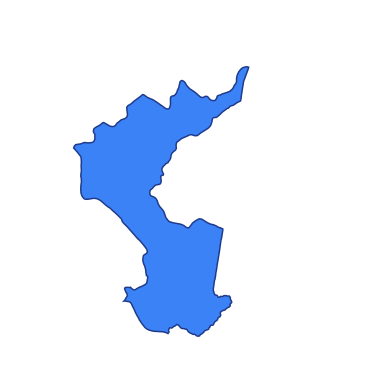 the district of Salamá, Baja Verapaz, Guatemala, rotated 318°
{"feature_id": "79465075B18875713614503", "entity_name": "Salamá", "entity_type": "district", "adm_level": 2, "iso_a3": "GTM", "parent_name": "Guatemala", "parent_adm1": "Baja Verapaz", "projection": "robinson", "projection_center": [-90.294, 15.052], "detail": "fine", "context": "isolated", "style": "filled", "palette": "blue", "viewbox_px": 384, "rotation_deg": 318, "n_neighbors": 0, "source": "geoboundaries", "source_scale": "gbopen_adm2", "svg_char_len": 6006}
<svg xmlns="http://www.w3.org/2000/svg" viewBox="0 0 384 384"><g transform="rotate(318 192 192)"><path d="M100.0,303.1L100.6,303.6L101.1,303.9L101.6,304.0L102.8,303.5L103.3,303.6L103.7,303.8L104.1,304.0L105.4,304.0L106.8,304.1L107.1,304.0L107.7,303.7L108.6,303.7L109.0,303.9L109.9,304.0L111.7,304.9L112.7,305.0L113.0,304.9L113.6,304.4L114.0,304.3L114.7,304.4L115.2,304.2L116.2,303.6L116.6,303.6L117.4,304.1L118.0,304.7L118.5,304.9L118.8,304.9L119.4,304.8L121.5,303.8L122.4,303.8L123.6,303.9L124.4,304.0L125.4,304.0L126.1,303.6L127.1,303.0L127.4,302.9L129.0,303.3L129.4,303.4L130.0,303.2L130.8,302.8L131.2,302.4L131.8,301.1L132.3,300.6L132.9,300.4L134.2,300.4L135.2,300.6L136.7,301.3L137.4,301.7L137.9,301.7L138.7,301.6L139.4,301.6L141.0,301.8L143.0,302.4L143.8,302.3L144.1,302.2L144.5,301.8L144.9,301.0L145.1,300.8L145.5,300.8L146.6,300.8L147.4,300.7L147.9,300.4L148.1,300.0L148.4,299.1L148.8,297.4L149.0,297.0L149.5,296.4L149.8,296.2L149.8,295.9L150.0,295.4L150.1,294.9L150.1,294.4L149.9,294.0L149.2,293.6L148.9,293.3L148.2,292.2L147.7,291.6L147.1,291.0L146.4,290.5L146.1,290.3L145.3,290.2L144.7,290.1L144.3,289.8L143.7,289.0L143.5,288.8L142.8,288.6L142.2,288.5L141.7,288.4L141.2,288.0L141.1,287.7L141.1,287.2L141.4,286.2L141.5,285.8L141.3,285.3L140.5,284.2L140.3,283.7L140.4,283.2L140.6,282.3L142.3,278.9L149.6,272.7L150.6,272.3L152.8,270.4L153.2,270.3L155.2,268.4L158.0,266.3L161.3,263.5L172.5,254.6L181.4,247.1L183.3,245.9L189.8,240.6L190.2,239.9L189.4,238.5L189.4,238.0L188.0,235.9L187.4,233.7L186.3,231.2L183.8,227.4L182.5,223.7L181.1,218.7L179.6,216.9L178.8,216.5L175.1,215.7L173.8,215.6L171.8,215.4L167.0,216.4L165.6,216.4L164.7,215.7L163.9,213.8L163.6,211.8L162.4,208.9L160.9,206.8L158.6,203.9L157.4,202.3L156.1,200.2L155.1,198.2L155.4,193.6L157.9,187.8L158.2,186.0L158.3,180.9L158.9,178.5L159.6,176.7L160.4,175.0L160.7,173.6L160.8,172.1L160.3,170.1L158.9,167.4L159.0,166.3L159.5,165.0L161.1,163.3L162.5,162.7L165.0,162.8L167.4,162.4L169.9,162.6L172.7,164.4L173.9,164.7L175.1,164.3L176.4,163.3L179.3,159.4L180.5,159.4L181.7,160.2L182.8,159.7L183.9,156.1L184.9,154.9L186.0,154.2L188.0,153.7L191.7,153.5L193.8,154.1L195.7,153.5L196.7,153.4L198.6,152.7L201.2,150.6L203.1,149.7L205.7,149.6L206.9,149.8L208.5,149.6L209.5,149.1L210.5,147.9L211.3,146.7L213.2,145.2L213.8,144.9L220.1,145.3L226.7,147.5L228.4,147.9L230.0,149.1L230.6,150.1L231.1,151.0L231.7,152.0L232.9,153.1L234.0,153.7L238.7,154.0L242.8,154.8L244.3,155.0L246.3,155.4L249.3,155.3L250.6,154.9L253.1,153.6L255.6,151.7L256.4,151.2L257.5,151.1L258.3,151.5L260.1,152.9L262.8,153.1L264.7,153.1L267.8,152.9L274.1,153.5L275.2,154.1L277.2,153.7L278.6,154.1L280.8,155.2L283.3,155.5L285.1,155.7L289.0,156.8L290.7,155.6L292.4,154.1L294.5,152.3L299.7,148.1L304.3,144.4L315.9,138.3L317.6,137.2L316.8,135.9L315.8,135.0L314.3,134.2L312.7,133.6L310.9,133.4L307.4,133.9L304.0,135.3L301.3,137.2L299.3,139.4L298.3,140.2L296.9,140.8L294.6,141.1L293.9,141.6L291.2,142.5L287.6,142.5L284.7,141.5L280.5,139.5L277.7,138.7L276.0,137.8L274.8,137.7L274.2,138.1L273.1,138.8L270.9,139.4L269.8,139.0L268.7,138.1L267.5,136.3L267.3,135.2L267.4,131.8L267.0,130.8L265.9,129.8L263.8,129.3L263.1,128.8L262.3,128.0L261.7,126.4L261.1,120.7L260.5,118.0L259.9,115.8L259.4,113.6L259.3,109.4L260.1,105.7L259.9,104.2L259.6,103.2L259.0,102.3L258.6,102.1L257.7,102.0L256.7,102.2L251.8,105.7L249.3,106.6L247.6,107.7L245.3,108.4L243.4,108.5L241.4,107.4L239.7,107.2L238.3,108.3L235.6,111.5L233.9,113.1L231.6,114.5L230.2,114.6L228.8,113.4L228.2,111.9L228.0,111.2L227.6,109.1L226.0,102.1L224.9,97.9L224.4,96.6L223.4,94.7L222.1,91.6L221.3,87.8L221.0,87.2L220.8,86.9L220.4,86.5L217.8,86.5L209.3,85.7L207.6,85.8L204.1,85.5L203.0,85.1L201.6,85.0L200.1,85.5L198.5,87.5L195.9,91.3L194.8,92.1L193.5,92.7L192.4,92.7L190.8,92.4L187.7,91.0L186.5,91.0L182.1,90.7L179.3,91.4L177.6,90.9L176.1,89.6L174.9,87.7L173.9,84.2L173.5,83.2L173.0,81.7L172.6,81.1L172.0,80.8L168.5,80.7L164.5,79.7L162.5,79.4L161.0,79.5L159.2,81.0L158.7,82.2L158.5,83.7L157.9,84.8L157.1,85.5L156.2,86.6L155.3,87.6L154.1,88.2L152.7,88.8L151.5,88.6L150.2,87.9L149.1,87.1L148.4,86.7L146.9,85.2L145.8,83.9L145.1,83.2L144.1,82.7L142.7,82.3L141.4,81.7L140.5,81.1L138.1,79.5L137.2,79.0L135.3,79.1L133.5,80.1L133.5,84.8L133.1,90.9L132.7,92.0L131.1,94.2L128.8,96.8L127.4,98.0L124.0,102.2L121.3,104.5L119.9,105.9L119.2,107.2L116.9,110.2L113.4,113.2L111.9,114.8L110.9,115.9L109.1,118.1L108.4,119.3L108.1,120.1L107.4,122.2L107.3,124.8L107.8,125.8L109.2,127.3L111.6,128.9L113.7,130.2L114.8,131.0L115.6,131.8L117.0,133.6L118.2,136.7L118.6,139.0L118.8,141.4L119.3,145.1L119.7,147.0L120.3,149.1L120.7,154.1L120.9,155.2L121.0,155.9L121.1,157.8L121.3,159.6L121.5,164.5L121.4,165.3L121.1,165.7L120.5,167.2L120.3,169.4L120.6,174.6L120.4,190.3L120.7,193.2L120.6,197.6L120.2,203.1L119.6,205.3L119.1,206.1L118.5,206.7L117.9,206.9L117.3,207.2L116.6,207.2L114.8,206.8L113.7,206.7L112.8,207.1L110.9,208.7L109.9,209.8L109.0,211.0L107.8,213.6L107.4,215.2L105.7,218.5L103.9,220.9L102.3,223.5L102.6,223.6L102.3,225.5L101.2,226.5L100.3,227.1L97.6,229.3L95.7,229.5L92.2,228.7L88.3,227.3L84.0,226.5L83.2,225.7L82.7,224.1L82.5,223.2L82.6,221.7L81.6,221.1L80.3,219.7L79.1,218.7L78.7,218.5L78.4,218.4L77.8,218.4L77.2,218.8L76.9,219.2L76.6,220.4L76.2,221.4L75.9,222.1L75.7,223.3L75.5,224.2L75.1,225.3L74.2,225.9L70.0,227.3L68.4,227.5L69.0,227.9L71.8,231.4L72.2,231.9L72.3,234.1L71.8,235.9L71.4,236.8L70.4,240.7L69.5,243.2L68.6,246.6L67.8,250.5L67.3,251.8L66.6,257.3L66.4,261.2L66.6,263.0L67.8,266.1L68.8,267.6L70.4,269.9L76.8,276.4L77.5,277.2L77.7,277.8L79.0,279.7L79.4,281.1L81.0,280.8L81.3,280.6L81.5,280.2L81.6,279.8L81.8,279.4L82.3,279.0L83.8,278.1L84.8,278.2L86.0,279.6L88.3,279.7L89.7,280.2L92.2,280.3L92.3,280.9L92.7,281.7L92.8,282.1L92.9,283.6L92.7,285.1L92.9,285.9L93.4,287.0L93.8,287.4L94.5,288.0L94.9,288.6L95.0,289.0L95.3,289.5L95.6,289.7L96.0,290.2L96.2,291.1L96.0,291.8L95.9,292.4L95.8,293.2L95.9,294.0L96.1,295.1L97.6,298.6L98.0,299.0L98.7,299.4L98.9,299.7L99.2,302.0L99.5,302.6L100.0,303.1Z" fill="#3b82f6" stroke="#1e3a8a" stroke-width="1.5"/></g></svg>